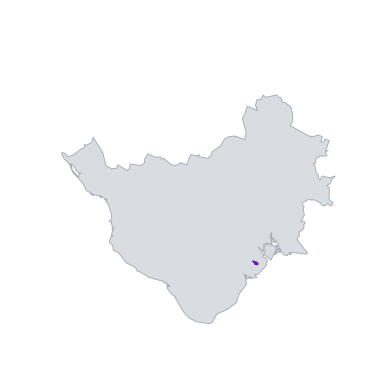 Garrafão do Norte, Pará, Brazil (highlighted), rotated 110°
{"feature_id": "56859067B10058884910465", "entity_name": "Garrafão do Norte", "entity_type": "district", "adm_level": 2, "iso_a3": "BRA", "parent_name": "Brazil", "parent_adm1": "Pará", "projection": "robinson", "projection_center": [-47.098, -2.221], "detail": "fine", "context": "in_parent", "style": "filled", "palette": "violet", "viewbox_px": 384, "rotation_deg": 110, "n_neighbors": 0, "source": "geoboundaries", "source_scale": "gbopen_adm2", "svg_char_len": 4577}
<svg xmlns="http://www.w3.org/2000/svg" viewBox="0 0 384 384"><g transform="rotate(110 192 192)"><path d="M115.0,84.0L118.3,87.2L122.4,85.7L123.7,87.8L126.0,84.8L131.5,81.9L132.7,79.1L136.3,77.5L136.5,75.7L132.5,75.1L131.5,67.5L128.0,62.7L132.7,65.2L136.9,65.1L139.9,67.5L140.8,64.5L151.3,60.9L153.6,58.4L153.5,56.1L156.6,56.0L157.5,57.1L156.6,60.9L159.3,62.0L160.2,65.1L158.3,67.5L157.5,73.8L159.5,80.4L164.4,84.2L166.6,83.6L167.6,81.5L169.5,82.0L175.2,78.5L182.3,79.6L181.2,76.8L182.3,75.0L183.7,75.8L188.3,74.5L193.6,77.8L195.8,76.1L200.7,77.3L210.0,62.5L211.5,64.0L214.6,77.7L216.2,79.8L219.3,81.0L219.6,84.5L214.3,91.0L211.1,93.2L206.8,102.1L202.6,103.4L207.0,103.6L213.5,99.1L214.8,104.9L216.5,106.6L223.2,104.7L221.2,111.1L223.9,105.9L226.9,103.0L228.5,103.8L229.2,102.9L228.6,100.6L230.6,97.7L235.8,97.1L247.0,102.0L247.8,104.6L249.3,102.8L252.0,104.8L252.6,106.9L251.3,108.4L251.9,109.1L253.3,107.7L253.6,109.1L252.3,110.5L251.5,114.9L253.3,113.1L254.6,109.8L254.8,112.2L259.8,109.2L271.5,112.9L280.8,112.5L290.0,118.5L298.0,126.8L307.9,128.4L309.9,131.4L312.4,143.4L311.4,151.2L307.5,159.1L296.6,172.1L296.5,171.1L294.5,177.0L291.1,182.2L289.5,183.0L288.3,180.6L287.3,181.8L285.8,187.4L286.9,203.3L284.9,212.4L285.1,216.1L282.1,219.9L281.2,229.1L274.0,240.7L273.7,246.0L269.4,248.2L267.3,252.7L261.8,252.8L260.6,251.1L260.2,253.0L251.7,253.4L252.1,254.9L246.7,258.6L243.6,258.6L238.3,261.7L231.5,267.2L230.3,269.9L229.1,268.9L228.6,270.1L227.1,269.6L229.1,271.2L227.5,272.9L227.0,275.8L228.2,282.3L226.8,291.9L221.2,297.4L214.4,310.6L207.9,316.6L207.7,314.6L212.3,312.2L216.3,304.9L216.4,303.6L213.7,304.4L212.0,302.1L212.9,304.4L212.2,307.1L208.2,311.5L206.9,315.0L207.4,317.0L204.4,323.8L200.3,328.0L199.3,327.4L199.3,324.0L201.6,321.0L197.7,316.2L189.3,310.8L186.7,307.8L184.4,309.4L184.1,307.3L179.3,302.6L177.1,303.8L174.7,303.2L184.6,290.5L185.8,290.6L185.6,289.3L196.7,281.8L197.6,275.5L195.5,271.0L191.9,271.0L194.0,260.3L191.6,258.7L186.9,259.7L184.4,248.5L180.5,246.6L177.6,247.9L171.2,246.4L172.0,239.1L169.9,233.3L171.7,232.0L170.1,230.3L173.8,219.6L171.6,214.7L168.2,212.8L168.4,206.2L157.3,206.1L156.7,200.6L154.6,197.9L156.5,197.8L155.0,188.8L151.5,186.7L147.1,186.9L139.2,181.0L130.9,179.4L127.3,176.1L124.8,171.0L124.6,160.3L117.4,161.6L105.0,170.1L101.3,169.0L92.6,169.4L93.0,158.4L88.8,162.1L83.0,162.4L81.7,158.9L76.6,158.2L78.0,155.3L71.6,145.3L73.3,143.6L73.0,140.8L76.8,137.7L76.1,135.1L78.2,128.3L84.6,124.0L91.0,121.7L96.1,122.6L99.5,100.9L98.0,96.1L95.3,93.5L95.4,88.5L101.0,88.0L100.0,85.2L96.7,85.2L96.7,80.7L107.0,80.6L106.9,78.7L108.5,80.4L111.8,77.8L113.6,80.7L113.8,84.3L115.0,84.0ZM217.5,93.4L228.9,94.6L226.2,102.3L224.1,102.4L223.7,103.7L222.0,103.1L220.2,105.1L215.9,105.0L214.3,101.2L215.4,100.3L214.1,98.9L215.0,94.5L217.5,93.4ZM207.7,102.6L209.5,97.1L211.3,96.4L211.1,99.7L207.7,102.6ZM220.6,90.7L219.5,92.7L216.9,92.3L217.3,91.0L220.6,90.7ZM216.7,88.5L216.3,92.6L215.2,92.2L216.7,88.5ZM222.4,93.4L220.8,93.6L220.0,93.2L222.1,92.0L222.4,93.4ZM215.0,93.5L213.3,94.9L212.6,94.1L213.8,92.9L215.0,93.5ZM218.1,89.8L217.3,89.0L218.6,88.1L218.8,88.9L218.1,89.8ZM217.2,79.0L216.2,79.2L216.0,77.7L216.9,77.6L217.2,79.0ZM228.6,286.3L228.3,284.9L229.0,283.7L229.3,284.1L228.6,286.3ZM247.7,258.1L247.9,259.6L246.8,259.3L247.7,258.1ZM228.0,276.8L227.5,276.0L228.3,275.1L228.5,275.5L228.0,276.8ZM253.0,112.2L252.3,113.8L253.0,111.5L253.0,112.2ZM288.8,183.2L287.7,183.7L288.4,182.4L288.8,183.2ZM254.7,254.0L253.6,254.5L253.4,254.2L254.1,253.5L254.7,254.0ZM286.9,186.1L286.5,186.9L286.2,186.4L286.9,186.1ZM249.9,101.4L250.0,102.3L249.7,102.1L249.9,101.4Z" fill="#d9dde1" stroke="#a8b0b8" stroke-width="1"/><path d="M236.2,110.7L236.3,110.6L236.5,110.5L236.6,110.4L236.8,110.4L236.9,110.2L236.9,109.9L236.9,109.7L236.8,109.4L236.8,109.2L237.0,109.0L237.0,108.9L237.1,108.7L237.3,108.6L237.5,108.5L237.5,108.4L237.6,108.2L237.8,108.3L237.8,108.2L238.0,108.1L238.2,107.9L238.1,107.7L238.0,107.4L238.0,107.2L237.9,107.1L237.9,106.9L238.0,106.9L238.0,106.7L238.1,106.4L237.9,106.3L237.9,106.2L237.7,106.1L237.6,105.9L237.5,105.7L237.4,105.7L237.2,105.5L236.9,105.7L236.8,105.8L236.8,105.7L236.7,105.7L236.7,105.8L236.6,106.0L236.6,106.3L236.6,106.5L236.5,106.8L236.4,107.0L236.5,107.1L236.4,107.2L236.4,107.3L236.4,107.5L236.3,107.8L236.2,107.8L236.1,108.0L236.0,107.9L236.0,108.0L236.0,108.3L236.0,108.5L236.1,108.8L236.2,109.0L236.3,109.2L236.3,109.3L236.2,109.3L236.2,109.5L236.3,109.6L236.3,109.8L236.5,109.9L236.5,110.0L236.4,110.2L236.4,110.3L236.3,110.5L236.2,110.5L236.2,110.7Z" fill="#8b5cf6" stroke="#5b21b6" stroke-width="1.5"/></g></svg>